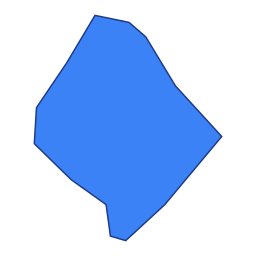 the border of São Miguel
{"feature_id": "CPV-5047", "entity_name": "São Miguel", "entity_type": "state/province", "adm_level": 1, "iso_a3": "CPV", "parent_name": "Cabo Verde", "parent_adm1": "", "projection": "albers", "projection_center": [-23.646, 15.174], "detail": "fine", "context": "isolated", "style": "filled", "palette": "blue", "viewbox_px": 256, "rotation_deg": 0, "n_neighbors": 0, "source": "natural_earth", "source_scale": "10m", "svg_char_len": 300}
<svg xmlns="http://www.w3.org/2000/svg" viewBox="0 0 256 256"><path d="M95.0,15.4L129.0,22.4L145.7,36.8L175.5,86.0L221.7,136.5L164.8,204.6L153.0,215.5L125.7,240.6L110.4,236.1L106.1,204.6L71.3,179.8L34.3,143.7L36.5,107.6L66.9,62.6L95.0,15.4Z" fill="#3b82f6" stroke="#1e3a8a" stroke-width="1.5"/></svg>